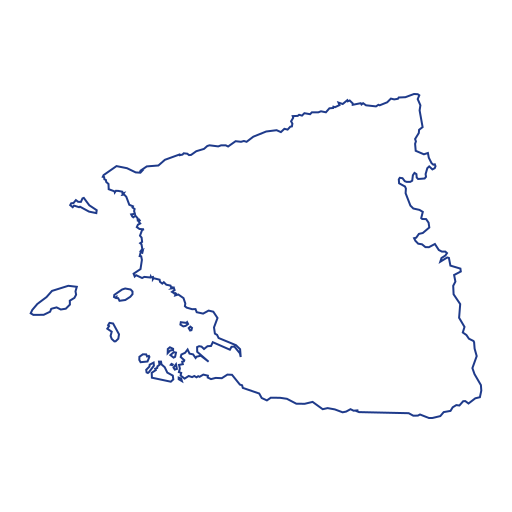 Kota Sorong, Papua Barat, Indonesia
{"feature_id": "22746128B11366688050704", "entity_name": "Kota Sorong", "entity_type": "district", "adm_level": 2, "iso_a3": "IDN", "parent_name": "Indonesia", "parent_adm1": "Papua Barat", "projection": "mercator", "projection_center": [131.281, -0.866], "detail": "fine", "context": "isolated", "style": "outline", "palette": "blue", "viewbox_px": 512, "rotation_deg": 0, "n_neighbors": 0, "source": "geoboundaries", "source_scale": "gbopen_adm2", "svg_char_len": 6094}
<svg xmlns="http://www.w3.org/2000/svg" viewBox="0 0 512 512"><path d="M420.4,105.3L417.7,99.1L419.3,95.3L417.7,94.2L414.0,94.0L405.4,97.2L398.7,97.5L397.9,98.8L394.2,99.4L390.9,98.6L387.2,102.3L379.7,105.3L378.4,104.8L376.0,106.4L366.0,105.3L363.1,103.2L361.5,104.5L360.7,103.2L352.7,104.8L352.7,103.4L349.7,100.5L347.8,101.3L347.3,100.2L342.7,104.0L338.5,102.6L339.5,105.1L335.0,107.2L333.4,106.7L333.1,108.0L329.4,108.3L325.9,112.3L321.0,111.3L318.4,112.3L311.9,112.3L310.1,114.2L304.4,113.2L302.0,115.6L299.1,114.8L297.7,115.9L292.7,116.1L293.2,117.8L291.1,121.3L292.4,123.7L291.9,126.4L290.3,126.7L287.6,129.6L284.4,128.8L280.9,132.1L276.6,130.2L266.2,131.5L253.3,136.7L246.6,141.8L243.9,141.0L241.0,141.8L235.6,141.2L228.1,146.5L225.7,145.3L221.2,145.3L218.2,146.4L209.5,145.3L207.3,146.0L204.0,148.9L196.3,151.2L191.1,154.9L189.0,155.1L187.3,153.7L183.7,153.3L182.5,154.6L179.7,155.2L179.5,154.5L164.9,159.8L158.4,165.5L146.8,166.4L140.6,170.6L140.0,171.9L141.5,171.5L140.4,172.7L135.7,172.4L127.0,168.2L116.5,166.1L103.6,175.1L102.8,176.8L104.1,177.1L104.4,179.3L105.9,180.0L106.2,181.9L108.5,184.0L108.7,189.2L114.6,191.4L114.8,192.4L115.9,190.8L118.3,190.9L122.3,191.7L122.5,193.5L123.8,193.1L122.6,194.8L124.2,194.6L126.3,196.8L129.3,204.8L133.0,206.3L132.5,207.5L134.6,209.0L134.1,211.1L134.9,213.8L131.2,214.4L132.2,216.4L133.3,217.3L135.4,215.7L137.5,218.1L137.7,220.0L138.9,219.4L139.8,220.5L138.7,221.6L140.2,223.5L137.9,224.7L136.8,227.1L139.5,229.0L143.9,229.3L142.1,230.0L140.0,235.7L141.6,237.6L142.1,241.9L140.2,243.2L141.5,244.3L142.3,249.0L141.4,250.2L142.5,249.9L142.0,250.6L142.8,250.8L142.3,252.8L140.7,252.1L139.7,256.1L141.2,256.3L141.9,259.9L140.5,269.1L133.6,273.7L134.7,276.5L136.1,275.2L142.1,278.0L144.3,276.9L150.4,277.5L150.7,276.6L151.0,277.4L152.9,277.0L152.9,279.2L153.6,278.2L159.6,279.7L160.0,281.8L162.3,283.6L163.8,282.2L166.3,284.7L170.5,285.6L171.0,287.1L172.8,287.4L171.5,288.4L173.9,288.1L174.6,290.1L172.0,291.9L174.4,293.4L175.7,292.8L174.9,293.8L175.1,293.9L175.7,293.4L176.0,293.6L175.3,295.4L178.3,294.5L183.5,298.1L185.3,303.5L184.9,306.2L186.6,307.6L192.1,309.2L195.5,309.1L196.7,312.2L203.1,313.6L208.6,310.6L213.3,311.7L217.5,318.0L214.0,327.4L214.9,333.6L217.1,334.9L218.6,338.0L236.0,345.2L240.1,349.2L240.7,357.0L239.9,353.3L234.4,346.6L231.5,346.8L229.9,349.7L212.8,342.2L211.0,346.0L207.5,346.2L204.0,349.0L201.5,346.6L199.1,346.2L197.1,347.1L197.2,351.8L208.6,361.7L200.8,355.7L196.6,356.7L195.6,358.0L193.1,354.4L189.5,353.6L187.6,349.5L185.1,352.8L181.4,354.5L180.7,357.0L184.3,360.2L183.9,361.3L182.2,361.7L182.8,364.2L179.0,364.9L179.9,368.5L178.9,372.1L181.2,372.9L180.6,375.5L184.6,378.6L188.7,376.0L192.1,377.1L194.3,376.0L196.5,377.3L198.2,376.2L199.6,376.8L203.3,374.6L207.9,375.7L207.7,377.5L211.0,379.1L215.7,377.9L221.8,378.2L227.4,374.6L232.0,374.8L239.9,384.6L242.1,385.3L242.8,387.9L259.2,393.5L261.7,398.0L266.9,400.4L270.8,397.7L280.1,397.8L286.9,398.8L296.3,403.7L304.7,403.8L312.6,401.9L322.7,409.2L327.6,408.1L334.8,409.4L342.6,412.3L346.1,411.6L350.5,409.2L353.6,410.7L358.4,410.3L355.5,410.7L359.0,412.1L408.7,413.2L413.3,415.7L417.9,415.6L420.0,414.5L428.9,418.0L432.3,418.0L440.3,416.1L443.7,412.1L450.5,410.9L452.7,407.3L456.3,405.1L459.4,405.5L463.2,401.2L465.3,401.1L468.5,403.5L475.3,398.3L479.9,397.2L481.3,390.6L480.9,385.1L474.5,374.1L472.4,368.1L476.7,356.1L474.6,348.6L474.1,342.2L473.5,341.0L468.9,338.7L466.4,335.0L462.8,332.5L464.5,326.9L459.1,317.8L460.2,304.1L453.6,294.3L453.2,285.8L455.4,281.6L454.1,275.0L460.8,271.5L460.4,268.6L450.4,265.6L448.9,257.9L447.2,257.5L440.3,261.7L441.5,258.0L445.4,255.5L447.0,253.1L445.3,251.6L441.9,251.6L438.8,250.0L434.9,244.0L428.9,247.2L425.4,247.1L422.0,244.3L418.2,243.7L415.4,240.8L414.1,238.2L416.2,237.7L418.9,233.9L422.8,233.0L429.3,227.5L428.6,222.7L426.1,219.1L422.2,219.0L421.2,218.1L422.8,211.9L419.5,209.9L413.3,208.5L410.4,205.6L405.6,193.2L405.9,188.6L405.0,186.5L399.1,183.3L398.8,179.4L399.8,177.8L402.5,178.2L404.8,181.2L406.7,181.9L410.2,181.9L412.2,180.7L412.9,175.2L414.5,172.9L416.4,174.1L416.7,177.5L418.1,179.0L424.6,178.5L426.0,176.8L425.6,174.1L427.3,168.2L429.2,166.4L432.4,169.4L434.7,168.2L435.5,166.2L434.8,164.3L433.3,164.7L431.5,163.1L428.8,157.7L427.9,153.0L423.9,154.3L415.7,150.8L415.1,143.8L415.9,141.4L415.1,139.0L418.8,133.0L419.1,129.8L422.6,127.1L419.6,110.4L420.4,105.3ZM68.3,285.8L52.0,290.9L46.5,297.1L37.4,303.9L32.3,309.9L30.7,313.3L33.4,314.9L43.7,314.8L50.1,311.7L51.2,308.9L52.3,308.5L56.6,307.4L60.8,309.5L65.8,308.7L69.9,304.6L69.8,300.7L74.4,297.9L76.1,294.7L75.5,291.3L76.8,286.8L68.3,285.8ZM161.0,361.6L159.0,361.6L159.5,364.8L157.4,366.4L157.2,368.0L155.2,368.7L155.8,370.1L151.7,372.8L151.9,377.7L170.8,381.7L173.3,379.4L172.8,375.6L167.3,372.6L164.7,367.2L161.5,364.4L161.0,361.6ZM83.8,197.9L82.5,198.4L80.9,201.9L78.1,201.8L75.9,200.1L73.5,203.0L71.2,203.3L70.2,205.1L72.7,207.2L74.0,205.6L79.1,207.2L80.0,206.7L89.0,211.6L96.3,213.1L96.7,210.2L89.3,205.3L83.8,197.9ZM125.2,288.5L122.1,289.5L114.3,294.9L114.0,297.0L115.3,297.7L116.5,296.8L116.5,298.1L118.2,298.2L119.5,300.8L125.3,300.0L130.3,296.8L132.5,294.2L132.5,291.5L130.6,289.5L125.2,288.5ZM113.1,323.5L109.5,322.9L108.1,325.2L109.1,326.1L107.3,328.7L111.7,331.7L110.6,335.9L111.7,338.9L114.4,341.4L115.6,341.3L118.3,338.7L119.0,334.3L113.1,323.5ZM146.2,354.4L142.9,354.3L139.4,356.8L139.3,359.9L140.6,362.2L147.5,361.5L149.4,356.9L148.9,355.9L147.1,356.5L146.2,354.4ZM153.9,365.7L153.6,362.6L149.7,364.7L149.4,366.6L146.2,369.8L146.6,372.4L147.9,373.0L148.9,372.2L153.9,365.7ZM186.4,322.9L180.8,322.2L180.4,324.6L183.3,326.4L185.6,325.9L188.1,324.0L187.1,322.1L186.4,322.9ZM175.1,356.8L176.0,352.6L173.9,352.1L170.4,355.1L173.6,357.6L175.1,356.8ZM173.1,348.8L169.9,347.3L167.8,349.0L167.7,353.1L170.2,350.5L173.1,350.1L173.1,348.8ZM174.8,369.6L176.9,368.9L176.0,364.3L173.5,367.6L174.8,369.6ZM191.4,330.2L192.0,327.9L190.3,326.6L188.7,328.1L190.1,330.5L191.4,330.2ZM181.1,378.6L178.7,377.6L178.7,379.2L181.9,381.1L181.1,378.6ZM172.3,365.2L172.7,364.5L171.5,363.9L170.8,364.8L172.3,365.2Z" fill="none" stroke="#1e3a8a" stroke-width="2"/></svg>